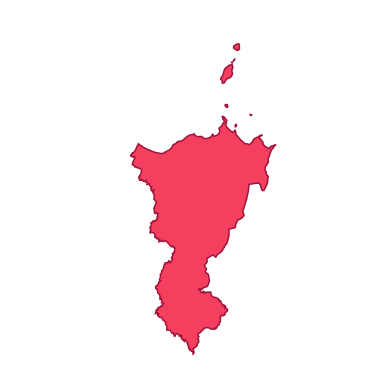 the district of Don Sak, Surat Thani, Thailand, rotated 17°
{"feature_id": "78962969B55330970869967", "entity_name": "Don Sak", "entity_type": "district", "adm_level": 2, "iso_a3": "THA", "parent_name": "Thailand", "parent_adm1": "Surat Thani", "projection": "robinson", "projection_center": [99.674, 9.232], "detail": "fine", "context": "isolated", "style": "filled", "palette": "rose", "viewbox_px": 384, "rotation_deg": 17, "n_neighbors": 0, "source": "geoboundaries", "source_scale": "gbopen_adm2", "svg_char_len": 6135}
<svg xmlns="http://www.w3.org/2000/svg" viewBox="0 0 384 384"><g transform="rotate(17 192 192)"><path d="M258.6,122.0L253.9,125.5L253.0,127.9L249.2,127.2L246.2,125.7L245.4,123.9L244.2,122.8L242.9,122.2L242.2,121.1L241.2,121.3L240.7,120.8L240.2,119.4L241.8,118.0L242.4,117.3L242.1,117.0L240.1,118.4L239.2,120.3L237.8,120.9L236.1,122.8L235.4,124.1L235.1,126.5L233.2,129.8L230.5,129.8L228.8,130.4L223.4,128.0L217.3,124.1L216.6,123.5L216.6,122.3L215.1,120.3L214.3,122.1L213.3,122.9L210.9,122.3L206.4,119.8L204.0,117.3L204.7,116.3L204.3,116.2L204.5,113.7L204.1,113.0L202.4,112.5L201.8,111.3L199.3,110.6L198.9,111.3L199.5,111.6L200.2,113.4L202.0,114.4L202.2,116.4L201.3,117.7L201.4,118.9L200.5,121.2L199.1,123.2L200.7,125.4L200.8,128.0L198.9,131.0L196.2,132.4L195.5,130.9L195.0,130.7L193.6,134.4L189.8,137.0L186.7,137.0L185.2,136.0L180.9,137.5L178.5,137.1L176.9,135.7L176.3,136.6L173.4,138.0L171.7,139.6L167.6,145.8L163.4,148.1L162.5,150.3L160.2,152.2L159.5,155.9L158.0,158.4L154.3,162.0L154.2,162.7L151.2,164.3L144.8,164.9L137.5,164.3L132.2,163.5L130.5,162.9L130.3,162.4L128.8,162.5L126.7,161.5L125.8,166.1L125.9,167.4L124.7,171.4L123.6,171.8L123.2,173.8L122.6,174.4L122.8,175.5L125.6,175.9L125.7,175.0L127.5,175.3L126.6,181.3L126.9,183.3L129.6,183.8L129.6,184.6L136.2,184.9L137.3,185.4L137.8,190.1L137.3,190.9L137.6,192.0L136.9,192.2L136.8,194.0L137.6,194.2L137.8,195.1L138.3,195.1L138.6,196.0L140.1,195.6L140.4,194.6L142.4,195.9L143.4,195.7L144.5,194.6L144.5,195.8L146.6,196.2L146.7,198.0L149.0,196.8L149.0,197.5L150.3,198.8L151.9,199.0L151.5,200.6L152.2,200.9L152.3,202.4L154.0,202.8L154.6,201.3L155.0,201.2L154.8,204.0L157.2,206.5L157.5,209.8L160.9,212.1L160.3,218.9L160.9,219.2L161.7,222.0L162.5,223.1L163.3,223.3L163.9,221.8L165.8,222.4L165.2,223.4L166.4,225.3L165.9,225.8L166.0,226.6L166.8,226.9L166.6,228.6L166.3,229.1L165.9,228.8L165.6,230.6L163.4,230.7L163.1,231.5L163.4,232.2L161.9,233.1L161.7,233.7L162.8,234.4L162.2,238.7L163.3,239.2L163.8,243.3L164.4,243.3L164.7,242.2L167.8,242.5L169.6,244.2L169.4,245.5L169.7,246.1L171.2,245.8L171.7,247.0L172.9,246.3L173.6,246.4L173.6,247.1L174.6,247.4L174.7,248.4L175.2,248.4L175.0,249.1L176.3,248.4L177.0,247.0L178.0,247.8L179.3,247.8L180.2,246.5L180.9,246.4L185.4,248.4L186.2,249.5L187.8,249.9L188.3,250.4L189.4,249.4L190.5,250.6L191.4,250.1L191.8,250.5L192.6,252.7L192.3,254.8L193.0,255.2L191.2,256.6L192.3,257.8L191.6,260.8L191.8,261.4L192.1,261.0L192.9,261.4L193.3,262.5L191.9,264.9L192.2,265.8L191.3,265.9L190.0,264.5L189.5,265.7L189.7,266.6L187.0,267.7L187.7,268.7L186.8,269.2L186.9,275.3L186.1,275.9L186.4,278.5L185.8,280.5L186.7,281.8L186.5,285.4L187.1,286.3L187.9,286.2L186.4,288.2L186.9,288.9L186.1,291.4L185.2,291.9L185.0,293.8L185.4,294.6L186.0,294.3L186.7,295.3L187.3,295.2L187.5,296.2L188.6,297.3L188.8,298.7L190.8,299.4L191.2,300.4L192.3,301.3L192.1,301.9L192.5,303.6L193.1,303.3L192.8,302.5L193.6,302.8L193.7,304.0L194.6,304.3L195.3,305.6L195.1,306.8L197.3,306.7L196.8,308.9L195.9,309.4L196.3,310.4L195.6,310.5L195.0,311.5L193.6,312.1L194.2,313.3L193.9,313.9L193.3,313.7L193.3,314.5L192.8,315.5L192.3,315.3L192.6,318.8L193.2,318.0L194.0,318.2L193.9,317.6L194.2,317.4L194.5,318.2L195.2,317.9L195.7,318.6L195.8,319.2L195.0,319.7L195.6,320.3L197.6,321.3L199.6,320.9L201.8,323.0L204.6,324.0L205.3,326.1L207.4,327.7L208.3,331.4L211.6,330.7L214.0,332.9L215.4,332.1L216.1,333.7L217.0,334.2L217.4,335.1L217.9,334.8L218.4,332.0L218.8,331.6L221.2,332.4L221.8,333.5L223.2,332.2L224.1,332.3L224.3,333.2L223.0,333.1L225.4,335.6L226.2,335.6L226.5,336.1L227.3,335.8L227.7,336.8L228.2,337.0L228.1,336.5L228.8,335.5L228.9,336.0L231.0,336.9L231.3,337.5L231.9,337.4L232.5,339.2L234.2,341.1L234.7,342.8L235.8,342.5L236.3,343.9L237.2,343.6L237.4,344.1L240.1,345.0L240.4,347.4L240.8,344.7L238.9,341.6L241.6,338.1L241.8,336.6L241.4,335.4L242.3,333.5L241.3,331.0L240.5,330.2L240.9,328.3L239.5,326.9L239.5,325.4L240.5,324.6L243.9,318.6L244.8,317.7L247.6,317.0L250.3,317.5L252.9,316.8L253.3,316.0L253.5,316.4L253.8,316.0L254.3,316.1L254.4,315.2L255.1,315.2L255.6,312.6L256.9,310.6L256.3,309.1L257.1,307.4L256.5,306.6L256.2,304.2L255.4,302.8L256.0,302.5L256.2,301.6L257.1,301.0L257.9,301.2L257.9,300.7L258.7,300.5L258.9,299.7L259.4,299.5L259.1,299.3L259.1,297.3L260.4,296.1L260.6,294.3L258.7,293.0L257.9,293.4L257.4,291.7L256.7,292.6L256.2,291.6L255.0,291.3L255.6,290.9L253.7,290.7L251.3,287.9L250.5,288.3L249.9,287.4L249.2,287.9L248.2,286.3L245.0,285.9L243.8,286.4L241.8,285.9L240.5,285.0L239.3,282.3L237.7,282.6L237.0,283.4L236.3,283.2L235.7,283.7L234.4,283.7L233.9,284.7L232.7,284.0L232.5,284.8L231.7,283.9L230.6,285.4L229.8,285.1L228.6,283.6L227.0,283.6L226.9,282.6L228.4,282.3L228.9,283.1L229.6,281.9L230.3,281.9L230.8,280.2L233.9,278.2L234.5,276.6L234.7,272.4L234.6,271.3L233.1,269.3L232.4,266.9L231.2,265.8L228.3,264.7L228.0,263.6L228.4,261.8L228.2,261.1L225.4,258.9L226.9,254.3L225.6,251.2L230.4,246.1L233.8,247.4L234.4,244.6L236.8,241.7L238.1,239.3L238.4,237.1L239.1,235.4L239.0,233.8L240.3,231.3L240.4,230.3L240.2,223.4L238.3,216.8L243.8,213.3L243.3,209.8L243.9,205.7L246.7,203.1L248.4,200.1L248.4,198.5L246.3,196.0L246.3,183.1L245.5,174.3L244.4,168.0L251.0,164.7L253.9,164.0L254.8,165.0L255.3,165.0L257.8,169.3L258.7,169.9L260.3,169.7L261.4,163.1L261.3,159.5L260.5,157.5L260.7,156.4L260.0,155.3L260.3,154.7L257.3,153.1L257.4,151.3L255.7,150.1L255.2,149.2L254.7,146.1L255.6,144.8L255.5,143.0L256.4,141.3L255.8,140.5L255.2,137.9L255.6,129.0L257.0,125.4L256.9,124.7L258.6,122.0ZM189.2,79.1L190.9,78.2L192.1,73.6L193.9,72.6L195.8,70.1L196.2,67.1L194.6,64.3L194.6,60.7L193.2,58.5L190.3,60.0L188.0,63.5L187.2,65.3L187.3,71.8L186.4,74.0L186.3,75.2L186.6,75.9L188.2,76.5L189.2,79.1ZM193.0,43.4L194.9,42.9L195.5,41.2L194.2,37.4L193.3,36.6L191.6,37.4L189.2,40.2L189.6,42.0L193.0,43.4ZM200.3,98.2L198.9,98.3L198.2,99.2L198.4,99.8L200.7,101.0L201.3,100.0L200.3,98.2ZM214.4,117.0L214.9,116.6L215.1,115.9L215.0,115.0L214.4,114.4L213.8,115.1L213.9,116.4L214.4,117.0ZM225.7,101.7L226.5,101.3L226.5,100.8L225.0,100.9L225.7,101.7ZM193.3,54.6L194.1,53.5L193.9,52.7L193.2,54.0L193.3,54.6ZM192.6,57.0L192.8,56.4L192.4,56.1L191.9,56.5L192.6,57.0Z" fill="#f43f5e" stroke="#9f1239" stroke-width="1.5"/></g></svg>